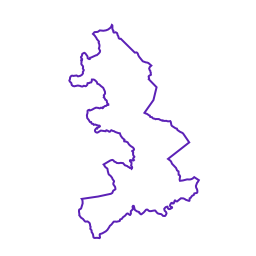 the district of Santa Ana, La Paz, Honduras, rotated 351°
{"feature_id": "27666195B3859139292279", "entity_name": "Santa Ana", "entity_type": "district", "adm_level": 2, "iso_a3": "HND", "parent_name": "Honduras", "parent_adm1": "La Paz", "projection": "orthographic", "projection_center": [-87.959, 13.996], "detail": "fine", "context": "isolated", "style": "outline", "palette": "violet", "viewbox_px": 256, "rotation_deg": 351, "n_neighbors": 0, "source": "geoboundaries", "source_scale": "gbopen_adm2", "svg_char_len": 5876}
<svg xmlns="http://www.w3.org/2000/svg" viewBox="0 0 256 256"><g transform="rotate(351 128 128)"><path d="M66.2,206.5L67.5,209.1L69.3,210.8L70.8,213.4L71.4,213.8L73.5,214.0L74.5,215.0L75.2,216.0L75.4,217.1L75.3,218.8L75.6,219.7L75.0,221.7L76.0,223.3L75.8,225.1L76.2,225.7L76.4,226.6L76.8,227.4L76.8,230.5L77.0,230.9L77.9,231.4L80.2,231.6L82.7,232.3L83.2,231.8L83.3,229.0L83.7,228.4L86.2,228.0L89.9,226.6L91.7,225.4L93.9,223.0L94.8,221.8L96.5,220.8L99.2,218.3L100.7,218.4L102.1,218.8L105.0,218.6L105.5,218.3L105.7,217.4L105.9,217.1L107.6,216.8L109.0,215.4L111.5,214.1L113.2,212.6L113.7,212.4L114.4,212.4L116.1,214.1L116.5,214.2L117.0,213.7L117.5,212.9L117.6,211.3L117.8,210.6L119.9,209.1L120.2,208.1L120.2,206.4L120.8,205.7L121.4,205.8L121.6,206.1L121.9,209.7L122.3,210.3L123.9,211.8L125.6,212.6L125.7,213.2L126.0,213.2L126.6,214.6L127.2,215.2L127.7,215.3L130.3,213.9L133.0,211.6L134.0,211.5L134.6,211.8L135.4,212.9L136.3,213.5L137.8,213.7L140.4,213.6L141.8,213.7L142.5,214.6L142.8,215.3L143.9,216.9L145.2,217.6L147.1,218.2L147.6,218.5L148.9,220.3L150.6,220.7L151.1,220.5L152.1,219.4L152.7,218.3L152.4,216.9L151.3,215.4L151.1,214.0L151.2,213.4L152.8,212.1L154.5,211.8L154.8,212.1L154.8,213.5L155.2,214.1L155.7,214.5L156.8,214.6L158.9,213.8L159.1,213.5L159.1,213.2L158.9,212.9L157.7,212.4L157.3,211.1L158.0,209.9L159.1,208.8L159.8,208.8L160.2,209.5L161.2,209.6L161.7,209.1L162.4,207.6L163.0,206.9L163.4,207.0L164.0,207.9L165.0,208.2L169.3,205.7L171.7,206.2L172.9,207.0L173.8,207.9L176.6,209.4L177.2,209.5L177.5,209.0L177.9,207.1L179.1,206.7L179.8,205.8L180.9,204.9L182.4,204.5L183.3,203.0L185.8,202.9L186.2,202.6L186.5,202.1L186.7,200.5L186.6,199.3L186.0,197.6L186.0,195.9L187.6,193.0L188.6,192.1L189.8,190.6L185.7,186.9L183.8,188.1L182.0,188.5L181.0,188.5L178.2,188.0L174.0,188.4L171.1,188.3L170.9,187.3L171.0,186.6L171.9,183.9L171.6,182.8L170.7,182.1L171.1,178.8L169.8,177.5L169.2,175.0L165.9,170.2L165.4,168.2L164.8,167.0L162.7,164.8L186.2,151.8L181.6,142.1L180.9,141.3L178.8,139.9L176.5,137.7L176.2,136.3L174.9,135.7L171.7,132.8L171.3,131.9L171.2,128.7L170.8,127.8L169.3,127.8L168.0,127.5L167.0,126.9L165.6,126.8L164.3,126.5L163.6,125.9L163.1,126.2L160.4,124.5L159.9,124.0L157.6,123.6L156.5,123.6L155.8,123.0L154.5,122.6L153.8,121.9L153.4,121.1L151.7,120.5L151.5,119.2L150.6,118.7L149.4,117.4L148.6,116.8L147.5,116.3L146.6,115.6L157.5,104.4L162.6,92.2L156.1,83.0L156.6,82.4L156.4,80.5L156.5,80.2L157.1,79.7L158.8,79.1L159.0,79.0L158.9,78.2L159.2,76.9L158.9,76.3L159.0,75.2L158.5,74.3L158.2,72.6L159.0,71.2L160.8,70.0L158.3,67.0L157.0,66.3L155.9,66.0L153.0,64.4L150.1,59.3L149.6,57.9L149.3,56.1L148.9,55.3L148.3,54.7L146.5,54.6L134.8,38.7L134.0,38.7L133.2,38.2L132.9,37.7L132.8,36.0L132.2,34.4L132.2,33.2L132.0,32.5L130.8,31.5L129.2,31.6L128.8,31.4L128.6,30.9L128.5,30.3L128.8,29.5L128.2,28.5L128.1,27.6L128.6,24.5L128.5,24.0L128.2,23.7L127.2,25.4L126.2,26.3L123.8,27.6L121.5,28.1L118.9,28.1L115.4,27.2L113.2,28.3L109.9,28.1L108.1,29.6L109.5,31.4L110.8,34.0L111.2,35.4L112.8,38.0L112.8,38.3L112.3,39.2L112.6,39.9L112.8,41.7L112.4,43.5L111.7,44.8L112.5,47.5L112.0,48.7L110.8,49.8L108.6,51.2L107.7,51.2L102.3,52.7L101.5,52.7L101.0,53.9L100.3,53.8L99.1,52.8L99.2,51.5L99.1,50.7L97.5,47.6L96.5,46.9L94.7,47.5L94.3,47.9L93.9,49.2L93.2,50.3L92.8,50.4L92.6,50.8L92.7,51.4L93.5,52.8L93.2,53.7L92.5,53.5L92.3,53.7L92.5,55.4L92.0,56.9L92.0,57.9L93.1,59.8L93.2,60.7L92.7,62.3L93.4,63.8L93.2,64.3L92.2,65.5L92.0,67.1L90.9,68.2L89.1,69.0L87.9,69.0L87.5,69.2L86.5,69.1L85.5,68.1L82.1,68.0L81.2,67.6L80.3,67.6L79.2,68.4L78.6,69.4L78.3,70.7L77.5,71.9L77.8,73.0L79.0,74.6L79.2,76.8L80.1,77.8L81.4,78.4L85.1,78.2L87.4,79.0L88.3,79.6L89.6,79.9L91.0,79.4L92.6,80.1L93.2,80.0L94.5,79.0L95.1,77.4L96.7,77.5L97.5,77.2L98.7,77.2L99.4,76.4L99.9,74.5L101.4,74.7L102.4,75.2L103.6,76.6L104.5,78.0L104.6,79.4L106.5,80.6L107.7,82.2L109.8,84.4L110.9,88.4L110.8,90.0L110.7,90.5L109.2,91.9L109.4,93.0L108.8,93.9L109.7,95.1L110.0,96.5L110.9,97.1L111.2,97.6L111.3,98.1L111.2,99.4L111.6,100.7L112.3,101.4L112.2,102.1L111.7,102.2L110.8,102.0L109.9,102.7L108.7,102.7L107.4,103.4L106.8,103.4L106.5,103.6L106.4,104.3L106.0,104.5L104.5,103.7L103.5,104.1L102.8,104.1L101.8,103.5L99.6,102.9L97.7,103.4L95.3,104.3L93.4,104.7L93.0,104.7L92.6,104.0L91.6,104.1L90.7,104.8L90.4,106.8L89.4,108.9L89.3,111.8L90.5,113.9L91.3,116.0L91.7,116.3L92.5,116.4L92.8,117.9L93.2,118.2L94.2,118.5L94.7,119.5L96.0,119.4L99.1,121.0L100.2,121.2L100.4,121.4L100.5,122.0L100.1,122.3L98.2,123.0L97.5,122.9L97.3,123.7L96.7,123.5L96.3,123.6L95.3,124.6L95.0,125.1L95.0,126.1L95.3,126.8L96.0,127.4L96.7,127.7L97.3,127.7L100.8,126.3L105.4,127.7L106.0,127.0L106.5,126.9L108.0,127.9L108.8,128.7L109.3,128.8L109.7,128.7L110.7,127.8L111.2,127.6L112.7,128.6L113.6,128.9L114.9,130.0L117.9,131.6L119.1,131.9L119.6,134.5L120.9,137.0L122.7,139.0L122.6,139.5L122.1,140.1L122.2,140.6L124.1,141.2L125.4,142.1L126.4,144.4L127.7,146.1L130.0,148.2L130.6,149.5L130.6,150.1L130.1,150.8L129.7,151.1L128.7,151.2L128.5,151.4L129.3,152.8L128.9,154.6L129.0,156.0L129.8,157.3L129.6,157.8L128.6,158.5L128.3,158.9L128.3,159.5L128.9,160.6L128.5,160.9L127.7,160.9L125.5,160.1L125.1,160.1L124.8,160.5L124.8,161.1L125.6,162.2L126.0,162.9L125.8,164.1L125.2,165.6L125.9,167.1L125.9,167.8L125.6,168.5L125.1,168.9L124.5,167.8L123.5,167.7L122.8,166.8L122.2,166.5L121.3,165.5L119.1,164.3L117.6,161.9L115.4,161.3L113.5,161.3L111.5,160.8L110.3,159.6L109.3,159.1L108.5,157.7L107.6,157.1L106.8,157.1L105.5,157.3L98.2,160.2L98.8,161.2L99.0,162.1L99.8,163.4L100.8,164.3L101.3,165.1L101.3,167.2L101.6,170.4L102.0,171.2L103.2,172.4L104.2,174.1L104.5,174.7L104.7,175.9L105.9,178.3L105.8,178.8L105.0,180.0L104.7,181.0L104.9,181.8L106.0,184.0L106.1,185.6L105.9,186.6L103.6,187.6L102.3,189.7L100.8,190.3L87.8,191.0L71.2,190.8L71.5,191.6L71.7,192.8L71.4,195.4L69.2,199.9L68.7,200.4L67.2,200.9L66.8,201.4L66.5,203.0L66.5,205.6L66.2,206.5Z" fill="none" stroke="#5b21b6" stroke-width="2"/></g></svg>